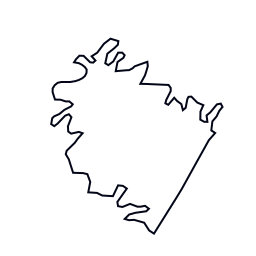 the district of Maximiliano de Almeida, Rio Grande do Sul, Brazil, rotated 307°
{"feature_id": "56859067B14232975960576", "entity_name": "Maximiliano de Almeida", "entity_type": "district", "adm_level": 2, "iso_a3": "BRA", "parent_name": "Brazil", "parent_adm1": "Rio Grande do Sul", "projection": "robinson", "projection_center": [-51.805, -27.596], "detail": "fine", "context": "isolated", "style": "outline", "palette": "ink", "viewbox_px": 256, "rotation_deg": 307, "n_neighbors": 0, "source": "geoboundaries", "source_scale": "gbopen_adm2", "svg_char_len": 1752}
<svg xmlns="http://www.w3.org/2000/svg" viewBox="0 0 256 256"><g transform="rotate(307 128 128)"><path d="M106.8,52.6L110.0,57.1L111.7,62.2L113.9,65.1L113.7,69.6L111.1,69.6L104.3,66.3L97.7,64.7L92.9,62.0L90.2,61.6L84.9,64.3L85.1,68.0L89.1,69.1L100.0,70.4L103.4,72.5L102.6,76.3L93.2,79.0L89.2,82.4L89.3,86.0L95.3,91.1L96.5,94.9L89.2,94.3L84.1,94.4L72.9,92.7L69.6,94.1L67.4,99.5L59.2,111.1L64.9,119.2L66.7,123.3L62.2,130.3L52.7,135.0L57.5,142.3L58.6,148.1L64.5,157.0L76.2,154.6L78.7,158.7L78.9,163.5L62.5,164.0L59.6,167.1L61.6,171.1L68.6,175.3L70.9,183.0L72.9,185.6L76.1,188.4L76.1,193.3L72.5,192.7L64.8,185.0L59.6,181.0L53.4,180.1L55.0,184.3L58.3,188.1L62.1,197.9L58.9,206.6L59.3,212.3L100.9,208.7L111.9,207.6L139.5,203.7L166.9,199.9L176.5,200.6L176.2,196.0L184.1,191.4L190.4,191.8L196.6,190.6L201.7,190.8L203.3,187.4L200.4,184.8L190.0,184.3L185.3,183.2L180.7,187.7L178.8,185.1L178.2,180.7L184.7,176.0L191.6,174.4L190.0,168.0L191.2,159.7L189.3,157.6L186.8,158.0L178.8,161.9L175.3,161.1L179.2,156.2L179.1,151.0L180.0,146.7L170.8,146.2L170.2,143.0L173.3,141.7L183.2,139.9L185.7,138.0L186.8,134.5L173.9,115.7L170.7,111.3L180.2,109.9L184.3,108.5L189.3,106.6L192.5,103.6L186.0,99.3L181.2,96.2L178.3,95.7L174.8,94.0L173.1,91.9L166.0,84.0L174.4,79.9L181.2,82.1L184.1,81.5L184.7,78.1L182.2,74.8L172.3,76.2L166.4,74.5L166.0,70.9L174.9,66.8L183.4,69.0L188.4,69.8L191.6,68.0L188.8,60.3L184.1,59.0L180.8,58.1L169.5,58.1L163.4,55.8L162.3,61.4L159.2,60.8L157.7,58.2L158.9,49.1L156.5,45.7L151.6,45.1L148.0,45.4L150.2,49.7L150.8,53.3L150.7,56.9L149.8,59.8L147.0,61.7L143.6,62.3L140.3,61.6L136.7,59.8L133.7,57.7L130.1,54.3L126.6,49.7L124.6,47.0L121.7,44.6L118.1,43.7L114.3,44.0L111.3,46.2L108.8,49.7L106.8,52.6Z" fill="none" stroke="#020617" stroke-width="2"/></g></svg>